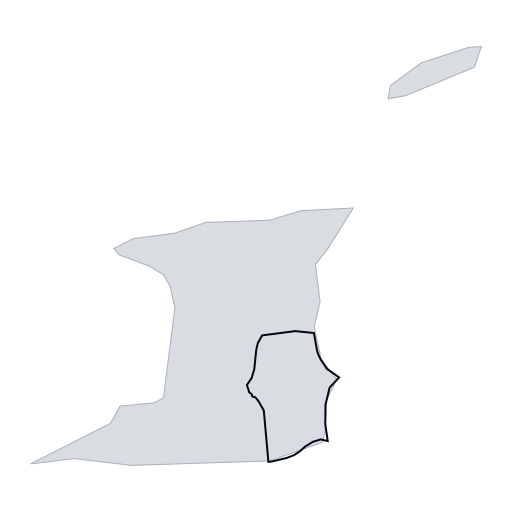 Rio Claro-Mayaro highlighted on a map of Trinidad and Tobago
{"feature_id": "TTO-55", "entity_name": "Rio Claro-Mayaro", "entity_type": "Region", "adm_level": 1, "iso_a3": "TTO", "parent_name": "Trinidad and Tobago", "parent_adm1": "", "projection": "mercator", "projection_center": [-61.112, 10.272], "detail": "fine", "context": "in_parent", "style": "outline", "palette": "ink", "viewbox_px": 512, "rotation_deg": 0, "n_neighbors": 0, "source": "natural_earth", "source_scale": "10m", "svg_char_len": 1020}
<svg xmlns="http://www.w3.org/2000/svg" viewBox="0 0 512 512"><path d="M322.5,442.3L269.6,460.9L131.7,465.4L74.6,458.6L30.7,463.9L110.6,423.2L119.9,406.1L153.8,402.9L163.5,397.8L174.8,308.0L170.3,286.7L163.6,274.9L149.9,266.4L119.1,254.8L113.9,248.6L133.3,238.6L174.7,233.2L205.7,222.4L269.7,220.2L300.8,210.7L353.3,208.0L327.5,249.2L315.4,264.6L320.1,301.7L314.2,326.8L321.1,358.7L336.7,379.6L326.6,400.1L325.1,431.2L322.5,442.3ZM406.0,95.5L388.2,98.8L390.3,85.6L421.4,62.7L469.1,47.3L481.3,46.6L474.4,67.2L406.0,95.5Z" fill="#d9dde1" stroke="#a8b0b8" stroke-width="1"/><path d="M313.9,333.0L317.2,351.3L318.9,355.9L321.1,360.1L326.9,368.8L339.1,377.4L329.6,387.6L325.5,404.7L325.3,424.1L327.7,441.0L320.7,439.4L312.9,441.8L305.4,446.4L299.7,451.4L293.9,455.2L286.5,458.0L271.8,461.5L268.4,461.9L263.8,410.5L258.4,401.0L255.3,397.3L252.6,396.7L251.4,393.9L249.3,392.4L246.9,385.0L251.6,378.1L254.3,369.1L256.2,350.1L257.7,343.5L262.1,335.4L295.3,331.1L313.9,333.0Z" fill="none" stroke="#020617" stroke-width="2"/></svg>